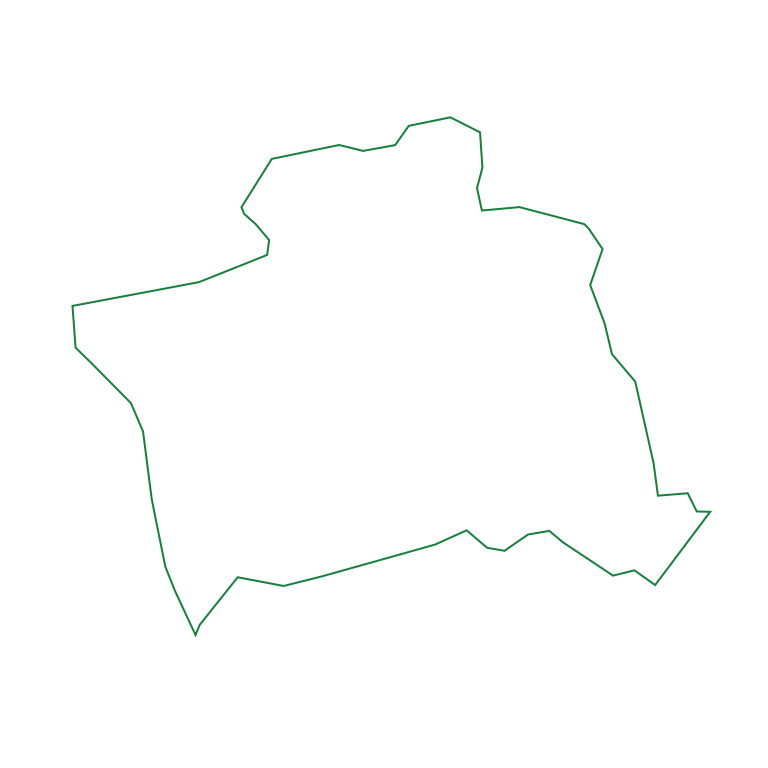 Kantché, Zinder, Niger (Natural Earth projection), rotated 259°
{"feature_id": "23599985B81952569357883", "entity_name": "Kantché", "entity_type": "district", "adm_level": 2, "iso_a3": "NER", "parent_name": "Niger", "parent_adm1": "Zinder", "projection": "natural_earth1", "projection_center": [8.524, 13.426], "detail": "fine", "context": "isolated", "style": "outline", "palette": "green", "viewbox_px": 768, "rotation_deg": 259, "n_neighbors": 0, "source": "geoboundaries", "source_scale": "gbopen_adm2", "svg_char_len": 823}
<svg xmlns="http://www.w3.org/2000/svg" viewBox="0 0 768 768"><g transform="rotate(259 384 384)"><path d="M134.9,611.8L196.3,679.8L199.2,666.7L218.8,661.3L222.1,631.6L254.6,633.5L338.4,631.1L369.7,613.5L401.4,612.1L441.8,605.3L474.7,624.3L497.7,614.5L502.7,611.1L531.8,550.7L535.6,513.2L558.5,512.7L577.7,521.9L612.7,526.3L633.1,500.0L632.7,457.6L616.4,440.5L616.8,407.9L627.2,385.5L626.4,316.8L584.7,277.8L577.6,279.2L565.5,288.5L547.2,298.7L533.0,293.9L519.3,221.7L520.1,93.1L482.1,88.6L478.4,88.2L460.9,100.4L413.4,132.0L383.4,138.4L314.7,134.0L246.4,134.5L220.5,139.4L173.6,151.1L177.1,153.4L182.7,157.1L222.2,203.5L204.9,246.9L207.0,286.2L216.6,403.2L224.6,437.2L203.5,454.0L197.3,470.5L208.8,496.7L208.3,518.2L194.4,529.5L152.2,572.2L153.3,594.3L134.9,611.8Z" fill="none" stroke="#15803d" stroke-width="2"/></g></svg>